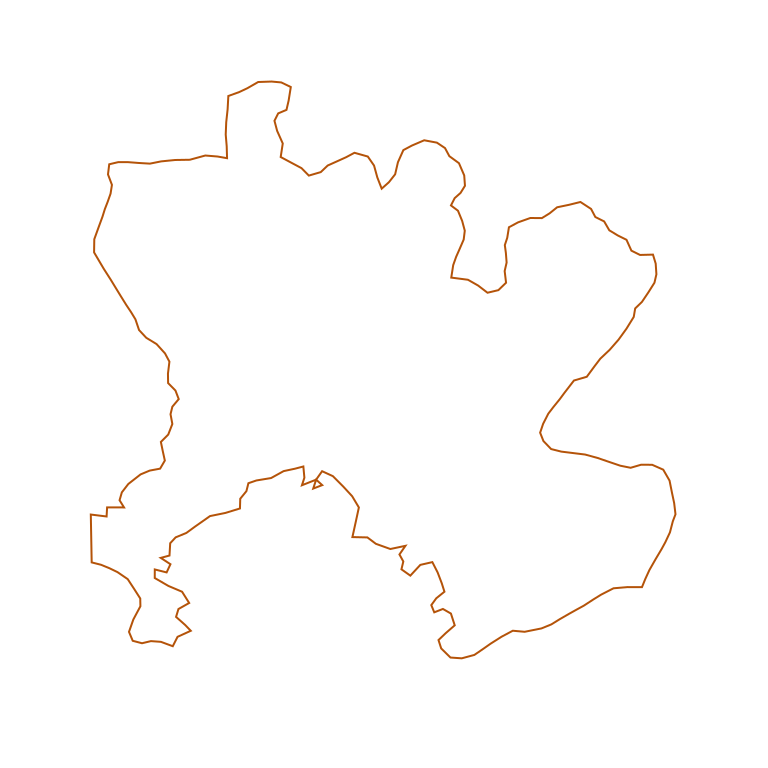 outline of Guaramirim, Santa Catarina, Brazil, rotated 97°
{"feature_id": "56859067B39678699767492", "entity_name": "Guaramirim", "entity_type": "district", "adm_level": 2, "iso_a3": "BRA", "parent_name": "Brazil", "parent_adm1": "Santa Catarina", "projection": "robinson", "projection_center": [-48.939, -26.473], "detail": "fine", "context": "isolated", "style": "outline", "palette": "amber", "viewbox_px": 768, "rotation_deg": 97, "n_neighbors": 0, "source": "geoboundaries", "source_scale": "gbopen_adm2", "svg_char_len": 3464}
<svg xmlns="http://www.w3.org/2000/svg" viewBox="0 0 768 768"><g transform="rotate(97 384 384)"><path d="M487.2,439.7L478.1,434.8L481.7,423.5L490.8,411.9L499.3,401.9L509.6,393.9L524.0,395.2L539.8,396.7L538.3,381.8L543.6,372.6L547.0,357.6L542.0,343.0L551.3,347.9L557.8,343.2L565.8,344.1L571.0,334.5L559.1,325.9L554.9,314.3L564.5,307.8L574.7,302.4L582.8,298.7L590.3,306.0L597.7,310.1L604.5,306.3L600.1,298.1L603.7,289.6L614.9,284.4L623.8,292.4L631.5,298.7L639.5,295.0L647.4,284.7L646.8,273.4L641.9,261.3L634.5,252.9L628.8,246.6L620.5,236.5L613.2,226.1L612.8,214.2L607.4,197.9L602.2,188.6L596.1,181.0L589.4,172.1L584.5,165.4L579.7,158.7L572.3,149.9L566.6,142.8L558.8,131.3L555.9,117.5L554.2,103.2L545.7,100.9L536.3,97.9L524.8,93.1L514.1,88.4L506.8,85.5L496.4,82.1L485.1,80.6L477.8,78.8L466.8,81.5L456.9,84.9L445.1,88.8L435.0,96.4L431.5,108.0L432.8,119.0L437.1,129.0L436.3,139.5L433.6,152.5L431.4,162.9L429.5,175.8L429.5,188.8L429.5,199.8L428.2,210.2L421.2,218.8L413.3,223.1L404.1,221.2L393.4,217.3L386.1,213.0L377.8,207.8L370.9,203.9L357.4,195.9L352.1,183.6L340.9,177.3L332.5,172.4L322.6,164.2L311.4,156.6L299.6,150.1L287.0,144.3L278.4,143.9L271.1,138.0L260.9,132.8L250.5,127.9L241.9,127.0L231.4,129.0L222.8,132.8L224.7,145.6L221.5,154.7L211.3,160.9L208.1,170.0L204.0,179.1L195.8,185.3L192.5,194.6L185.0,199.8L179.4,211.2L183.6,222.2L187.5,233.7L194.4,240.4L200.1,247.5L201.4,259.0L207.2,270.6L213.2,279.1L223.9,279.5L231.4,281.0L239.1,279.0L248.5,277.1L257.2,278.0L268.6,275.2L276.9,281.9L280.8,292.4L274.8,302.6L270.3,313.4L270.2,330.2L257.6,329.8L249.0,327.9L241.1,325.5L230.9,322.5L222.0,322.5L212.6,326.3L203.0,331.7L198.6,339.3L190.9,336.5L185.0,331.3L177.4,327.8L167.2,329.8L155.7,336.5L149.9,346.9L142.4,352.2L138.0,360.9L137.2,373.8L143.9,385.3L149.5,393.3L162.2,397.2L174.5,398.5L183.1,403.7L190.4,410.1L179.8,415.8L168.4,420.5L160.2,427.8L158.1,441.5L163.5,449.2L168.8,457.9L174.0,466.5L181.4,472.6L186.3,484.0L179.8,492.2L175.8,502.6L171.3,514.2L157.6,513.8L145.8,520.9L136.1,524.8L128.3,522.0L123.8,514.2L114.3,513.2L100.6,512.7L97.2,522.7L97.5,532.4L99.6,545.7L107.1,555.7L111.9,563.3L117.1,573.6L130.4,572.7L143.4,572.5L155.7,571.5L167.2,569.1L179.0,567.3L178.5,576.9L179.0,589.2L185.1,604.1L187.1,618.5L190.2,632.3L193.8,643.2L194.5,654.2L195.0,665.2L196.2,674.9L199.4,683.5L209.6,683.5L219.5,678.3L228.4,678.6L237.0,680.5L244.5,682.4L252.2,683.8L262.9,686.3L275.6,689.2L288.7,687.8L303.8,676.2L313.7,668.0L321.4,661.9L329.2,655.7L337.0,649.4L343.5,643.8L350.1,638.6L360.3,633.7L367.1,625.6L372.1,614.6L380.3,605.1L388.0,599.7L400.0,599.7L409.4,598.4L415.9,590.2L424.0,585.9L432.3,591.3L440.0,592.2L449.5,589.2L460.5,592.0L468.7,598.4L477.6,595.4L486.7,592.2L495.3,595.9L498.5,606.0L503.4,614.6L514.4,625.6L523.5,631.0L531.6,632.3L538.2,627.0L540.2,643.8L549.3,643.2L549.3,659.1L596.7,652.4L597.9,642.9L600.3,634.1L603.2,625.6L608.9,614.6L618.0,606.9L626.6,599.8L634.3,598.7L648.3,604.1L661.1,606.9L669.5,602.1L670.8,592.6L667.6,584.0L667.1,574.0L670.0,561.7L660.1,558.1L652.5,545.7L647.4,552.0L640.5,562.0L632.4,560.6L625.1,550.7L614.8,559.1L610.7,573.4L604.5,587.9L596.0,588.9L597.5,576.8L588.9,574.0L583.8,584.4L580.4,576.0L568.1,576.8L561.6,572.1L555.9,562.0L548.4,554.0L536.3,540.6L531.3,525.7L525.1,511.8L515.4,512.7L507.1,507.5L499.0,506.5L495.3,498.9L491.1,484.6L482.7,473.0L478.9,462.0L475.7,454.0L486.7,451.6L494.5,453.1L487.2,439.7ZM487.2,439.7L496.4,441.5L491.9,433.0L487.2,439.7Z" fill="none" stroke="#b45309" stroke-width="2"/></g></svg>